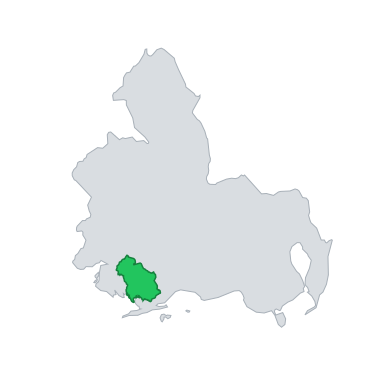 Monagas on a map of Venezuela (Equal Earth projection), rotated 170°
{"feature_id": "VEN-46", "entity_name": "Monagas", "entity_type": "State", "adm_level": 1, "iso_a3": "VEN", "parent_name": "Venezuela", "parent_adm1": "", "projection": "equal_earth", "projection_center": [-62.996, 9.35], "detail": "fine", "context": "in_parent", "style": "filled", "palette": "green", "viewbox_px": 384, "rotation_deg": 170, "n_neighbors": 0, "source": "natural_earth", "source_scale": "10m", "svg_char_len": 8257}
<svg xmlns="http://www.w3.org/2000/svg" viewBox="0 0 384 384"><g transform="rotate(170 192 192)"><path d="M318.2,136.8L321.8,143.1L321.4,144.6L319.2,146.0L317.9,149.6L315.1,151.2L311.3,155.5L308.7,155.8L304.8,163.0L307.0,168.6L306.4,171.4L307.4,172.8L312.0,173.0L312.4,174.5L311.9,176.8L311.0,178.3L304.8,182.9L301.9,182.4L300.6,183.8L296.6,184.8L295.5,187.5L296.5,191.2L297.0,197.2L291.9,204.4L304.4,223.5L305.8,224.4L307.1,228.8L306.7,231.5L304.5,234.6L301.3,236.8L299.4,240.8L297.5,241.6L294.1,241.2L292.4,243.4L290.3,244.2L288.8,247.2L277.3,252.1L272.3,250.6L266.5,254.2L265.5,263.1L263.7,265.2L261.6,265.2L254.4,256.1L250.8,257.4L248.4,256.2L241.3,256.5L238.0,251.4L230.6,251.0L227.8,247.5L226.5,247.5L225.9,248.6L228.8,254.3L237.4,265.4L237.5,275.3L241.5,289.1L240.8,293.5L243.1,294.8L253.5,295.9L253.4,300.8L252.0,303.1L250.0,303.5L244.7,307.2L241.5,308.4L239.5,316.5L237.7,318.8L235.8,320.7L232.3,320.8L227.6,326.0L225.9,325.9L221.9,328.5L215.4,336.0L213.3,340.6L211.7,340.7L212.3,336.6L211.5,334.5L210.0,333.3L208.5,333.1L206.7,334.2L201.9,338.2L197.3,339.0L194.8,337.2L186.2,326.8L186.0,323.3L184.0,314.9L179.7,299.4L179.8,296.5L172.9,288.7L171.9,286.0L169.1,284.9L167.3,286.0L167.8,283.4L177.0,272.2L177.9,269.8L174.3,262.7L172.3,260.7L171.1,258.2L168.8,249.5L168.2,242.8L167.4,241.5L168.5,225.3L168.1,221.7L168.8,219.0L170.6,217.1L171.6,214.2L171.8,210.3L172.9,207.1L174.9,204.6L175.6,202.1L174.7,198.1L173.1,196.5L167.5,195.3L166.0,196.5L155.7,198.7L150.6,198.7L146.8,197.6L143.8,198.0L140.4,200.2L138.7,198.9L137.3,199.6L123.9,178.1L119.0,177.6L112.3,174.5L106.9,177.0L104.7,177.2L95.3,176.0L90.0,177.1L87.8,176.0L86.4,174.4L84.0,167.3L80.5,166.1L79.0,163.3L79.6,151.9L81.3,148.7L80.7,143.6L80.2,141.1L75.5,134.8L73.1,122.3L70.0,121.7L69.1,119.0L68.1,118.5L65.5,120.2L62.8,120.8L62.2,120.2L69.3,104.8L72.1,86.7L75.6,77.8L80.4,70.7L84.2,68.5L89.9,56.5L102.1,51.4L98.9,55.1L91.6,57.5L89.9,58.9L90.0,62.9L92.1,68.7L95.7,73.3L94.0,73.7L94.7,77.8L96.5,80.6L96.5,82.4L95.1,87.9L89.5,96.6L86.4,104.1L88.6,108.6L89.0,110.9L93.0,116.5L92.6,118.7L94.4,123.3L97.3,123.9L103.0,121.0L106.0,116.2L106.7,106.9L106.2,103.7L102.8,95.7L100.4,92.6L98.4,85.6L97.5,79.3L99.1,77.8L99.0,74.5L102.9,73.6L111.5,68.2L116.7,66.9L122.8,64.0L125.4,60.2L126.3,60.0L129.4,62.2L131.0,61.4L131.6,59.7L130.8,56.3L123.6,57.5L121.8,50.8L123.5,45.4L127.3,43.3L130.0,46.5L131.8,56.2L134.3,61.3L141.9,60.3L149.6,62.5L157.8,69.5L160.1,76.7L159.1,78.5L159.6,81.6L160.8,84.7L162.6,86.7L167.7,87.2L184.6,83.6L198.8,83.1L201.5,84.6L201.8,87.2L206.4,92.7L220.2,97.6L225.5,96.8L238.2,87.6L245.0,87.8L247.0,86.4L244.5,85.0L238.8,84.4L237.1,85.4L236.1,83.0L244.3,82.3L251.5,82.8L257.3,81.1L262.0,81.1L266.7,80.0L275.5,81.3L282.4,80.3L281.6,81.8L275.6,83.0L272.8,85.3L266.8,84.9L262.6,85.7L264.0,86.3L264.0,88.6L265.2,89.1L267.0,91.9L267.4,94.2L265.9,97.9L267.6,97.5L268.6,96.3L268.6,93.8L269.6,94.2L274.0,105.0L275.9,102.4L277.2,104.0L277.1,99.9L278.6,100.0L281.9,102.7L285.2,108.9L284.6,104.2L287.3,104.1L288.0,102.1L293.4,108.8L299.0,110.8L303.3,115.9L302.4,118.4L299.9,119.6L298.9,121.2L297.0,129.2L294.6,135.5L287.5,135.6L293.5,140.4L295.6,138.4L298.7,138.3L303.2,135.7L309.3,136.9L312.0,134.8L315.3,135.1L318.2,136.8ZM244.7,70.2L245.3,73.6L243.4,76.5L240.8,76.6L238.8,74.7L237.7,75.1L234.2,74.1L235.2,72.3L237.8,71.4L239.7,73.5L241.3,73.6L241.7,71.8L243.9,69.3L244.7,70.2ZM302.0,126.5L298.2,129.1L298.0,126.5L300.9,123.3L302.2,125.3L302.0,126.5ZM218.7,76.0L217.6,76.6L214.8,75.2L215.4,74.3L216.9,74.3L218.7,76.0ZM302.7,121.6L300.4,122.4L301.1,120.5L303.5,119.5L304.4,119.9L302.7,121.6Z" fill="#d9dde1" stroke="#a8b0b8" stroke-width="1"/><path d="M260.7,96.8L260.8,97.0L261.0,97.3L261.3,97.6L261.5,97.2L261.9,97.1L261.9,97.3L262.0,98.6L262.2,99.1L262.5,99.2L262.3,98.8L262.3,98.5L262.4,98.2L262.3,97.8L262.3,97.7L262.3,97.4L262.5,97.2L262.7,97.4L262.6,97.8L262.7,98.0L263.0,98.2L263.5,98.0L263.8,97.9L264.0,98.1L264.2,98.4L264.4,98.6L264.8,98.6L264.6,99.3L264.8,99.5L265.1,99.3L265.2,98.9L265.0,98.0L265.1,97.6L265.5,97.4L265.6,97.5L266.0,98.0L266.4,98.1L267.4,97.8L267.9,97.5L268.3,97.0L268.5,96.5L268.5,95.9L268.2,94.8L268.1,94.3L268.2,93.6L268.6,93.4L269.0,93.6L269.4,93.9L270.2,94.6L270.6,95.4L271.1,97.6L271.3,98.0L271.5,98.4L271.7,98.8L271.7,99.3L271.9,99.9L272.0,100.2L271.9,100.5L271.7,101.1L272.0,101.1L272.3,101.3L272.5,101.6L272.9,102.3L273.9,104.9L274.0,105.3L274.0,105.8L273.9,106.2L273.9,106.5L273.9,107.0L273.7,107.4L273.3,107.8L273.1,108.2L273.0,109.0L272.9,109.3L272.1,110.4L271.7,111.2L271.6,111.6L271.6,112.0L271.9,112.3L272.2,112.6L272.5,112.7L272.6,113.3L272.6,113.9L272.7,114.4L273.0,114.8L273.8,115.6L274.0,115.9L274.0,116.2L274.0,116.8L274.0,118.1L274.1,118.3L274.1,118.8L274.2,119.0L274.3,119.2L274.3,119.3L274.3,119.8L274.3,120.1L274.3,120.3L274.2,120.5L274.1,120.8L274.0,121.1L274.0,121.3L274.0,121.5L274.9,121.7L275.0,121.8L275.1,122.0L275.3,122.3L275.4,122.5L275.7,122.7L275.7,122.8L275.8,122.9L276.0,123.2L276.1,123.3L276.3,123.3L276.6,123.1L277.1,122.8L277.2,122.7L277.4,122.6L277.5,123.4L277.6,123.6L277.8,123.7L278.2,123.4L278.3,123.3L278.8,123.4L278.8,123.5L279.1,123.5L279.1,124.0L279.0,124.5L278.6,125.5L278.5,126.0L278.5,126.6L278.8,127.2L278.9,127.4L279.1,127.6L279.3,127.7L279.8,127.8L280.0,127.9L280.0,128.1L280.0,128.3L280.0,128.7L279.9,128.9L279.0,130.1L278.9,130.3L278.9,130.6L278.8,131.7L278.7,132.0L278.5,132.3L277.8,132.7L277.3,132.8L276.7,133.4L276.6,133.5L276.2,134.2L275.8,135.1L275.6,135.5L275.3,135.6L274.2,135.7L274.0,135.8L273.8,135.8L273.7,135.9L273.6,136.1L273.6,136.3L273.3,136.7L273.1,136.9L272.9,137.1L271.8,137.7L271.5,137.8L271.3,137.8L270.5,137.6L270.3,137.6L270.1,137.7L270.0,138.1L269.8,138.1L269.5,138.3L269.3,138.5L268.8,139.3L268.7,139.4L267.2,140.9L267.0,141.0L266.8,140.7L266.7,140.4L265.9,140.0L265.8,139.8L265.8,139.7L265.8,139.4L265.9,139.1L265.9,138.9L261.2,136.7L260.9,136.5L260.6,136.1L260.2,135.6L260.0,135.1L259.9,134.6L259.9,132.8L259.9,132.7L260.3,131.9L260.4,131.6L260.5,131.5L260.5,131.4L260.7,131.2L260.8,131.2L261.3,131.4L261.5,131.5L261.6,131.4L261.8,131.2L262.0,130.8L261.9,130.5L261.4,130.5L255.8,131.0L255.4,131.0L255.2,130.9L255.0,130.7L254.9,130.6L254.7,130.4L254.5,130.2L254.4,130.1L253.8,127.3L253.2,125.4L252.9,124.9L252.6,124.8L252.4,124.6L251.9,124.3L251.6,124.1L251.4,123.8L251.3,123.5L251.2,123.4L250.3,122.6L249.9,122.3L249.7,122.2L249.4,122.0L249.2,121.5L249.0,121.1L248.9,121.0L248.8,120.8L248.7,120.8L248.6,120.7L248.4,120.7L248.2,120.7L247.9,120.5L246.4,119.2L246.2,119.1L245.7,119.3L245.3,119.4L245.1,119.3L245.0,119.2L244.9,119.2L244.8,119.3L244.7,119.3L244.0,119.9L243.9,119.9L243.7,119.9L243.4,118.7L243.3,118.3L242.6,117.4L242.4,117.1L242.3,116.8L242.4,115.5L242.4,114.6L242.4,114.4L244.5,111.4L244.7,111.2L242.9,107.0L242.7,106.5L242.7,106.3L242.7,106.1L242.7,105.9L242.5,105.7L242.5,105.3L242.5,105.2L242.6,104.9L242.8,104.5L242.8,104.4L242.9,104.2L242.8,103.6L242.9,103.4L243.0,103.3L243.2,103.2L243.3,103.1L243.3,102.9L243.3,102.7L243.2,102.6L242.9,102.0L242.6,101.8L242.3,101.7L242.1,101.7L242.0,101.4L242.1,101.1L241.9,100.9L241.7,100.9L241.3,101.1L241.2,101.0L241.0,100.9L240.8,100.6L240.7,100.4L240.6,100.2L240.6,98.2L240.8,97.9L241.0,97.8L241.6,97.7L241.9,97.8L242.0,97.8L242.1,97.7L242.7,97.4L242.8,97.2L243.1,97.2L245.1,96.4L245.6,96.1L246.3,94.8L246.5,94.5L246.8,94.2L247.0,94.1L247.5,94.0L248.4,93.8L249.0,93.8L249.5,93.7L250.0,93.5L250.3,93.4L250.5,93.3L250.5,93.2L250.5,92.7L250.6,92.4L250.7,92.2L250.8,92.1L250.9,91.9L251.4,91.5L251.9,91.3L252.1,91.3L252.3,91.4L252.5,91.7L252.5,91.8L253.2,92.0L253.3,92.2L253.2,92.4L253.2,92.5L253.3,92.7L253.3,92.8L253.5,92.9L253.6,93.0L253.9,93.1L254.4,93.2L254.6,93.2L254.6,93.3L254.7,93.6L254.8,93.8L255.8,93.9L256.0,94.0L256.1,94.3L256.3,94.4L256.6,94.3L256.8,94.4L256.9,94.5L257.1,95.0L257.3,95.0L257.5,94.9L257.8,94.6L258.0,94.3L258.8,93.7L258.7,94.0L258.8,94.2L258.8,94.3L259.0,94.6L259.4,94.5L259.5,94.4L259.7,94.5L259.8,94.7L259.9,95.1L260.0,95.3L260.0,95.8L260.1,96.3L260.3,96.6L260.6,96.8L260.7,96.8ZM273.8,101.4L273.9,101.7L274.1,102.3L274.0,102.9L273.9,103.4L273.6,103.3L273.4,102.7L273.4,102.0L273.4,101.6L273.5,101.3L273.8,101.4ZM272.4,99.2L272.5,99.3L272.6,99.5L272.5,99.9L272.3,100.1L272.1,99.8L271.9,99.4L271.8,98.5L271.8,98.2L272.2,98.5L272.4,99.2Z" fill="#22c55e" stroke="#15803d" stroke-width="1.5"/></g></svg>